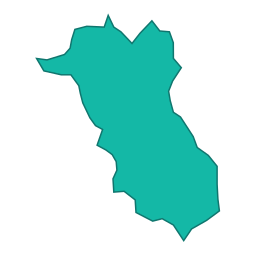 Dali, Nicosia, Cyprus
{"feature_id": "46923920B65421651141260", "entity_name": "Dali", "entity_type": "district", "adm_level": 2, "iso_a3": "CYP", "parent_name": "Cyprus", "parent_adm1": "Nicosia", "projection": "robinson", "projection_center": [33.409, 35.042], "detail": "fine", "context": "isolated", "style": "filled", "palette": "teal", "viewbox_px": 256, "rotation_deg": 0, "n_neighbors": 0, "source": "geoboundaries", "source_scale": "gbopen_adm2", "svg_char_len": 772}
<svg xmlns="http://www.w3.org/2000/svg" viewBox="0 0 256 256"><path d="M36.6,58.5L43.9,70.9L61.3,74.8L70.9,74.8L78.8,85.7L80.4,93.6L82.8,102.9L89.9,117.8L95.5,125.6L102.6,129.5L97.1,145.2L105.8,149.9L112.2,154.6L116.2,161.6L116.9,170.2L113.0,178.8L113.8,192.1L124.1,191.3L135.2,199.9L136.0,212.5L152.7,221.1L162.2,218.7L173.4,225.0L183.7,240.6L191.6,228.9L206.7,220.3L219.4,210.9L217.9,199.2L217.1,184.3L217.1,166.3L208.3,155.4L197.2,147.5L193.2,136.6L180.5,117.0L173.4,112.3L170.2,100.6L168.6,91.2L172.6,81.0L181.3,67.7L173.4,58.4L173.3,42.7L169.4,31.8L159.8,31.0L151.9,20.8L140.0,33.3L132.0,43.5L120.9,31.8L113.8,27.1L108.2,15.4L104.2,27.1L86.8,26.3L74.9,29.4L71.7,39.6L70.1,48.2L64.5,54.5L47.0,59.9L36.6,58.5Z" fill="#14b8a6" stroke="#0f766e" stroke-width="1.5"/></svg>